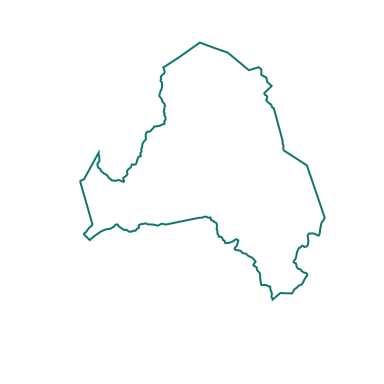 outline of Sabanagrande, Francisco Morazán, Honduras, rotated 336°
{"feature_id": "27666195B51862105966258", "entity_name": "Sabanagrande", "entity_type": "district", "adm_level": 2, "iso_a3": "HND", "parent_name": "Honduras", "parent_adm1": "Francisco Morazán", "projection": "orthographic", "projection_center": [-87.286, 13.79], "detail": "fine", "context": "isolated", "style": "outline", "palette": "teal", "viewbox_px": 384, "rotation_deg": 336, "n_neighbors": 0, "source": "geoboundaries", "source_scale": "gbopen_adm2", "svg_char_len": 6090}
<svg xmlns="http://www.w3.org/2000/svg" viewBox="0 0 384 384"><g transform="rotate(336 192 192)"><path d="M242.0,325.3L243.0,324.8L244.0,324.1L245.4,322.8L245.8,322.6L248.9,322.0L251.3,320.9L251.9,320.9L253.8,321.2L254.6,321.0L256.5,320.0L257.3,319.2L259.1,317.7L261.2,316.2L262.0,315.7L262.9,315.5L263.4,315.0L263.6,314.5L263.7,313.9L263.6,313.2L263.4,312.6L262.8,311.9L261.9,311.4L261.2,310.8L259.9,308.5L259.7,306.9L258.0,305.6L257.6,304.9L257.3,303.9L257.3,302.2L257.4,301.5L257.8,300.7L257.9,299.8L257.7,299.4L257.1,298.8L256.6,298.1L256.3,297.2L256.7,296.7L258.4,295.8L259.2,295.3L260.0,294.5L260.5,293.9L263.1,290.2L264.3,288.9L266.1,287.3L267.0,286.7L267.6,286.6L268.2,286.8L268.7,286.7L269.6,286.4L270.3,286.0L270.7,285.9L271.1,285.9L271.4,286.2L271.9,287.0L272.0,287.6L272.5,288.0L273.4,288.2L274.5,288.2L275.2,288.1L275.8,287.9L276.4,287.4L276.9,286.8L278.4,284.0L279.6,279.8L279.9,279.1L280.2,278.6L280.7,278.2L282.1,277.5L285.8,279.1L287.5,280.6L289.5,283.2L289.9,283.3L290.4,283.2L291.2,282.4L292.4,280.9L294.3,277.5L295.7,275.8L296.8,274.1L297.6,273.1L298.3,272.5L299.8,271.7L300.9,271.0L302.8,269.4L307.8,214.4L292.8,191.4L292.8,190.3L292.9,189.6L293.3,189.0L293.8,188.3L294.5,186.5L294.4,184.7L294.7,183.8L295.5,182.7L300.8,148.9L300.0,147.9L299.7,147.4L299.7,146.6L299.9,145.3L299.7,144.1L298.6,142.4L297.8,140.4L297.2,139.2L297.1,138.7L297.1,138.4L297.2,138.1L297.5,137.9L298.0,137.8L298.6,136.8L299.0,136.5L299.5,135.5L299.5,135.0L299.4,134.5L298.6,133.4L298.2,132.9L298.2,131.6L298.2,131.1L307.9,127.5L305.5,122.1L306.4,117.6L302.9,113.2L305.3,108.3L303.6,105.1L293.5,103.9L281.4,79.3L270.9,69.4L259.9,58.7L235.3,63.6L216.4,66.6L216.5,67.8L216.2,69.8L216.0,70.6L215.6,71.5L215.1,72.1L214.6,72.4L211.7,73.4L210.2,74.2L209.8,76.2L209.5,76.6L208.9,77.0L208.5,77.6L208.6,78.4L209.0,79.4L208.9,80.2L208.7,81.2L208.4,81.5L207.6,83.4L206.0,85.6L203.9,87.4L203.2,88.4L201.8,89.9L201.5,90.4L201.2,91.5L201.9,93.5L202.0,94.2L201.8,97.4L201.9,98.1L202.3,98.9L202.5,100.0L202.7,100.6L202.6,101.5L202.4,102.1L202.0,102.8L200.6,104.4L199.7,106.1L198.7,107.2L198.7,107.7L199.0,108.4L199.0,109.2L198.2,109.9L197.9,110.4L197.9,110.9L198.1,111.6L198.2,112.3L198.1,113.0L197.9,114.0L197.5,114.7L197.1,115.2L195.4,116.2L194.8,118.0L194.5,118.6L194.3,118.7L194.0,118.7L192.0,118.1L191.5,118.1L190.8,118.4L189.5,118.4L188.0,117.9L186.0,117.6L184.2,116.8L183.3,117.2L182.3,118.1L179.8,118.9L178.7,119.6L178.1,119.6L177.3,119.5L176.0,118.8L175.2,119.0L174.2,119.5L173.6,120.0L173.1,120.7L171.9,123.3L171.6,124.4L171.3,125.2L170.8,125.5L169.0,126.1L168.3,126.6L166.7,127.6L165.8,128.7L164.2,131.2L162.9,132.4L162.4,134.4L160.7,135.6L160.1,136.7L159.9,137.4L160.1,138.0L160.0,138.3L159.6,138.4L158.0,138.1L157.5,138.1L157.3,138.2L155.5,139.9L153.5,142.4L152.5,143.3L151.9,143.7L151.1,143.7L150.0,143.4L149.6,143.2L148.8,142.4L148.5,142.3L147.9,142.8L146.7,144.0L145.9,144.6L145.3,144.8L143.1,145.3L142.3,145.8L141.5,146.3L141.0,146.9L140.7,147.6L140.4,149.2L140.0,149.7L139.5,150.0L138.6,150.3L135.3,151.2L134.7,151.5L134.5,152.1L134.5,153.4L134.3,154.7L134.2,154.9L133.8,154.9L133.1,154.4L131.9,153.3L130.8,152.1L129.7,151.2L129.0,151.0L126.5,150.7L125.9,150.3L125.5,149.7L123.8,149.1L123.5,148.9L123.3,148.5L123.1,147.5L122.2,146.2L121.7,145.1L121.2,142.0L120.2,140.8L119.0,139.0L117.6,136.3L117.6,134.7L117.4,133.3L116.4,132.1L116.3,131.5L116.3,130.7L116.6,129.2L117.0,127.8L117.5,127.3L119.2,126.7L120.0,126.0L121.1,123.5L121.8,121.3L122.1,119.4L122.6,118.2L98.6,136.4L94.5,136.5L94.0,137.6L88.1,179.6L88.1,180.2L88.0,180.8L87.8,181.2L87.5,181.5L85.7,182.4L83.3,182.9L80.5,184.5L79.4,185.3L78.9,185.5L77.6,185.7L76.3,186.2L76.1,186.5L76.2,187.1L76.9,189.1L77.7,190.9L78.7,193.6L79.2,194.4L80.1,193.8L81.8,193.5L83.4,192.9L86.9,192.1L88.4,191.9L91.6,191.2L95.1,191.0L97.4,191.1L99.9,191.5L102.2,192.2L103.3,192.4L104.7,192.0L106.1,192.0L109.1,190.8L109.9,190.9L110.3,191.0L110.8,191.5L111.0,192.0L111.0,192.8L111.2,193.7L112.6,196.0L113.3,197.3L114.5,198.9L114.7,199.2L115.5,199.3L116.7,199.9L117.2,200.5L117.6,201.5L118.0,202.3L119.4,203.1L120.3,203.5L121.6,203.8L122.8,203.6L123.3,203.7L123.9,203.9L124.3,204.3L124.7,204.3L125.3,204.1L126.0,203.6L126.7,203.3L127.3,203.2L128.3,203.2L129.0,202.9L129.2,202.7L129.4,202.3L129.5,201.1L129.7,200.9L129.9,200.7L130.8,200.6L133.2,200.7L133.9,201.1L134.6,201.4L135.3,201.5L136.2,201.5L136.8,201.7L137.3,202.2L137.9,203.0L138.6,203.6L143.7,206.2L146.4,208.3L147.3,208.9L147.9,208.9L150.4,208.6L151.1,208.6L151.6,208.8L152.4,209.4L153.7,210.1L154.4,210.9L154.9,211.1L188.7,218.6L189.5,219.1L190.5,219.5L193.1,219.7L194.1,219.9L194.6,220.1L195.1,220.5L195.9,221.6L196.5,222.2L198.5,222.8L198.6,223.0L198.6,223.3L198.1,224.2L198.0,224.6L198.1,225.0L198.2,225.5L198.4,225.8L199.0,226.3L199.5,226.9L199.8,227.4L200.1,228.3L201.5,229.9L201.6,230.2L201.5,231.3L201.2,232.6L200.2,234.7L199.8,235.2L199.5,235.5L199.4,237.8L198.3,240.5L198.4,241.2L198.7,241.8L198.4,243.5L198.4,243.8L198.6,244.0L199.1,244.1L200.1,244.8L200.7,245.4L201.0,245.9L201.0,246.3L200.8,247.7L200.7,248.4L201.8,249.6L201.9,250.2L201.8,250.8L201.5,251.4L201.5,251.8L201.9,252.3L202.8,252.8L204.7,253.4L205.8,253.6L208.3,253.7L209.8,253.7L210.7,253.6L212.2,253.0L212.7,253.0L213.3,253.3L213.7,253.7L214.0,254.3L214.5,254.6L214.6,255.0L214.5,255.4L213.4,256.5L211.7,258.6L210.7,259.5L209.2,260.1L208.1,260.8L207.8,261.2L207.8,261.7L208.2,262.4L209.1,263.2L210.0,263.9L211.3,264.5L212.3,265.4L212.7,266.0L213.2,267.7L213.5,268.4L214.2,269.0L216.3,270.4L217.1,272.6L217.5,273.3L220.1,276.4L220.6,277.3L221.7,280.9L221.8,281.4L221.5,281.8L221.0,282.1L220.1,282.4L219.2,283.0L218.5,283.5L218.2,283.9L218.2,284.1L218.5,284.5L220.1,286.6L220.4,287.1L220.4,287.5L220.0,288.2L219.8,288.9L219.7,290.0L220.8,293.1L220.9,293.6L220.8,294.3L220.5,295.5L219.2,298.5L217.5,304.8L217.7,305.3L218.2,305.6L221.3,306.8L221.9,307.1L222.3,307.5L223.2,309.1L224.6,309.8L224.9,310.2L224.8,310.8L224.3,311.8L224.0,313.1L223.9,314.5L223.9,315.9L223.6,317.3L223.4,318.0L222.5,318.9L222.1,319.5L222.1,321.6L221.8,323.1L231.6,320.2L235.7,322.3L242.0,325.3Z" fill="none" stroke="#0f766e" stroke-width="2"/></g></svg>